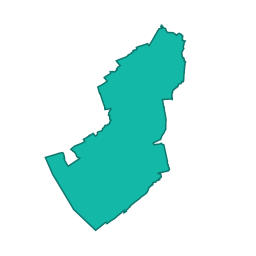 outline of Vulturesti, Olt, Romania, rotated 336°
{"feature_id": "2599482B48187985775349", "entity_name": "Vulturesti", "entity_type": "district", "adm_level": 2, "iso_a3": "ROU", "parent_name": "Romania", "parent_adm1": "Olt", "projection": "albers", "projection_center": [24.352, 44.735], "detail": "fine", "context": "isolated", "style": "filled", "palette": "teal", "viewbox_px": 256, "rotation_deg": 336, "n_neighbors": 0, "source": "geoboundaries", "source_scale": "gbopen_adm2", "svg_char_len": 5670}
<svg xmlns="http://www.w3.org/2000/svg" viewBox="0 0 256 256"><g transform="rotate(336 128 128)"><path d="M135.9,188.1L135.8,186.8L136.6,186.9L137.3,186.8L138.0,186.6L138.7,186.1L138.9,184.6L139.1,183.1L138.8,183.0L138.8,182.8L137.1,182.2L137.2,181.5L147.5,183.6L148.0,183.4L148.7,182.8L148.9,182.6L149.1,182.6L149.1,182.0L149.4,181.3L149.2,181.2L149.0,180.7L149.2,179.7L149.5,178.8L149.7,177.7L149.7,177.1L149.6,176.3L149.8,175.6L150.3,174.9L150.6,174.2L150.7,173.3L153.8,158.3L153.8,157.7L152.5,156.9L152.5,156.3L152.2,155.5L150.7,155.5L150.2,155.5L144.9,153.8L145.0,151.9L148.9,151.8L151.3,151.7L152.6,151.7L153.1,151.8L153.2,151.6L155.5,149.2L157.2,148.0L158.2,147.6L159.8,146.3L160.7,145.3L161.9,144.7L164.7,138.5L166.0,136.2L166.5,134.7L167.2,131.9L167.5,130.9L167.9,129.0L168.3,127.0L168.7,125.9L168.8,125.0L168.9,124.6L169.4,124.2L169.6,123.8L169.6,123.6L169.4,123.3L169.3,122.8L169.8,120.9L170.4,118.4L170.8,117.2L171.0,116.0L178.4,118.7L179.5,119.3L179.8,119.9L180.0,120.0L180.8,118.4L180.7,117.6L180.7,117.3L181.0,117.0L181.2,116.7L181.1,116.4L181.4,116.1L181.5,115.6L181.7,115.0L182.0,114.8L182.1,114.6L182.7,114.2L182.8,114.0L182.8,113.7L183.2,113.6L183.3,112.7L184.2,112.1L185.3,111.9L185.5,111.7L185.4,111.2L185.9,111.0L186.6,111.2L187.1,111.0L187.9,111.1L188.8,110.2L189.3,110.6L189.9,110.6L190.1,110.4L190.9,110.0L191.1,109.8L191.2,109.6L191.4,109.3L191.7,108.6L191.8,108.5L192.3,108.5L194.0,108.9L194.5,108.9L195.5,108.4L195.7,107.9L195.8,107.3L196.3,107.5L197.3,108.2L198.4,106.9L199.1,105.3L199.5,104.7L199.6,104.3L200.5,102.5L201.9,100.2L202.2,99.3L204.2,96.1L204.6,95.0L204.6,94.5L205.7,93.8L205.7,93.2L206.0,92.7L206.3,92.1L206.6,91.8L206.9,91.6L207.2,91.5L207.4,91.1L207.5,90.6L206.7,90.1L206.5,89.9L206.5,89.7L206.9,89.2L207.1,88.5L207.3,88.0L207.4,87.8L207.1,87.3L207.1,87.1L207.4,86.6L207.4,86.4L207.3,86.2L206.9,86.2L206.6,86.1L206.5,85.8L206.5,85.6L206.6,85.2L206.6,84.5L206.8,83.7L206.9,83.2L207.4,82.8L207.3,82.5L207.3,82.2L207.3,81.4L208.6,80.2L209.5,79.6L209.9,79.1L211.3,78.1L211.1,77.7L211.3,77.3L211.8,75.7L212.4,75.1L212.9,74.5L213.4,74.2L213.4,73.5L213.6,73.2L214.2,72.7L214.7,72.6L215.1,72.1L215.6,71.8L213.4,70.3L213.8,69.8L213.9,69.0L214.2,68.0L215.2,66.7L215.1,65.9L215.4,65.8L215.4,65.7L215.1,65.5L214.9,65.2L214.8,64.9L214.6,63.9L213.6,62.9L213.2,62.3L211.3,62.5L210.8,62.7L210.3,62.7L210.1,62.7L209.9,63.1L209.6,62.7L209.6,61.9L209.4,61.6L208.2,59.6L206.7,58.6L202.9,56.8L202.5,55.0L202.6,53.5L202.7,53.1L202.7,52.5L202.5,52.1L201.4,51.1L201.0,49.8L200.9,49.7L200.7,49.1L200.6,48.4L200.7,48.0L200.5,47.8L200.4,47.7L200.2,48.0L199.3,48.6L199.2,48.9L199.7,50.6L199.2,50.6L196.6,50.0L195.9,50.6L194.5,51.5L191.2,53.9L190.6,54.2L190.2,54.6L184.7,58.7L183.1,59.7L182.2,60.4L181.3,60.9L181.1,61.4L180.5,61.4L180.3,59.9L180.3,59.7L180.3,59.0L174.8,58.4L173.7,58.4L172.2,58.1L171.4,57.9L171.2,57.9L171.0,58.0L170.8,58.0L170.1,57.9L168.5,57.8L168.3,57.9L168.2,58.9L168.4,59.6L168.2,59.8L167.1,59.8L165.6,59.4L164.5,59.4L164.3,59.6L164.2,59.6L163.9,59.6L163.9,59.8L163.9,60.0L164.2,60.2L164.0,60.3L162.8,60.6L161.7,60.7L161.6,61.1L160.9,61.2L159.1,61.4L158.6,61.3L157.7,61.4L157.6,61.6L157.6,61.9L155.1,62.3L153.6,62.3L147.6,61.9L144.6,61.9L145.2,64.4L145.9,66.5L146.0,66.8L145.9,66.9L146.2,67.7L145.9,67.7L145.5,68.2L143.6,68.3L143.2,68.8L142.5,68.9L141.6,69.4L141.3,70.0L141.4,70.3L141.0,70.4L141.0,70.5L141.0,70.8L140.4,70.9L139.8,71.0L139.2,71.1L137.8,71.2L137.4,70.4L137.0,70.3L136.1,69.9L136.0,70.0L135.7,69.9L134.9,69.7L134.7,69.4L134.2,71.1L126.8,72.1L126.8,72.5L126.9,72.8L127.0,73.5L127.4,73.9L127.5,74.6L128.1,76.7L123.9,77.7L120.2,78.1L117.1,78.2L116.1,85.2L116.6,85.3L115.9,91.3L115.5,96.1L115.4,97.5L115.3,99.4L114.9,100.2L114.7,101.0L114.4,101.7L116.2,102.3L120.2,103.2L119.9,103.8L119.5,104.3L119.0,104.6L118.6,104.7L118.4,104.8L117.5,105.6L117.2,106.0L116.8,106.2L115.3,108.6L116.3,109.2L116.2,109.9L115.7,110.6L114.9,112.3L115.0,112.5L115.2,113.1L115.8,113.9L115.6,114.1L114.9,114.0L113.4,115.7L112.9,116.5L112.4,116.8L111.8,116.5L111.5,116.6L110.8,116.7L110.1,117.1L109.8,117.2L109.4,117.1L109.1,116.6L108.6,116.4L108.3,116.3L107.7,116.5L107.4,116.7L106.9,117.6L106.7,117.7L106.6,117.8L106.4,117.6L105.6,118.0L104.9,118.0L104.6,118.1L104.1,118.7L103.7,119.5L103.3,119.7L102.8,120.0L102.5,120.0L101.6,119.7L98.9,119.4L98.6,119.5L98.1,119.9L98.0,120.4L97.4,121.3L97.0,121.6L96.1,121.9L95.8,122.1L95.1,122.1L94.8,121.9L94.4,120.5L94.3,119.9L94.0,118.7L90.6,119.3L90.5,119.1L90.9,118.9L89.2,119.2L89.2,119.5L84.1,120.2L82.7,120.2L83.0,122.5L83.0,122.8L82.9,122.9L78.4,123.1L74.3,122.9L71.6,122.9L67.1,124.2L67.9,125.8L68.2,126.8L68.9,127.4L69.3,127.9L69.1,128.1L69.5,129.4L69.8,131.2L69.8,131.6L69.6,132.9L69.8,133.6L70.4,134.6L71.7,135.9L71.0,136.3L57.8,138.6L56.9,131.9L57.1,131.5L57.3,131.1L57.1,129.8L57.8,129.6L57.9,129.4L58.4,126.7L58.6,125.4L58.5,125.1L58.5,124.5L58.2,123.8L56.3,123.5L55.1,123.1L54.5,123.0L51.8,122.8L40.5,121.3L40.4,139.8L42.9,160.4L45.1,178.8L45.2,180.2L56.8,208.3L69.5,205.0L69.8,206.8L74.0,205.9L77.1,205.5L79.7,205.0L82.3,204.1L87.3,202.8L88.2,202.4L90.4,201.8L90.2,202.0L90.2,202.3L90.1,202.7L90.2,202.8L89.8,203.8L92.8,203.4L92.8,202.4L94.8,201.8L96.5,201.1L98.2,200.6L98.2,200.0L102.6,198.9L104.5,198.4L106.8,197.9L109.7,197.2L110.6,196.9L111.7,196.4L115.0,195.8L118.6,194.9L119.1,194.4L120.0,194.0L120.9,193.0L122.9,191.2L123.1,190.6L123.3,190.5L123.8,190.8L124.7,190.4L126.3,190.1L126.4,189.5L126.5,189.5L127.1,190.0L127.4,190.0L127.6,189.6L128.0,189.3L128.0,188.6L128.3,188.3L128.8,188.3L129.2,188.1L129.8,188.4L130.6,188.4L130.9,188.6L131.2,188.7L133.3,187.7L133.9,187.8L134.4,188.1L134.8,187.7L135.5,188.1L135.9,188.1Z" fill="#14b8a6" stroke="#0f766e" stroke-width="1.5"/></g></svg>